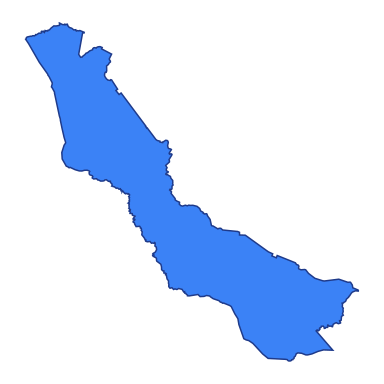 the district of Kajiado East, Rift Valley, Kenya
{"feature_id": "3690345B56316730609732", "entity_name": "Kajiado East", "entity_type": "district", "adm_level": 2, "iso_a3": "KEN", "parent_name": "Kenya", "parent_adm1": "Rift Valley", "projection": "albers", "projection_center": [37.165, -1.892], "detail": "fine", "context": "isolated", "style": "filled", "palette": "blue", "viewbox_px": 384, "rotation_deg": 0, "n_neighbors": 0, "source": "geoboundaries", "source_scale": "gbopen_adm2", "svg_char_len": 5911}
<svg xmlns="http://www.w3.org/2000/svg" viewBox="0 0 384 384"><path d="M178.7,288.5L182.1,289.4L183.7,292.0L184.6,291.7L184.7,293.1L185.8,293.3L186.2,294.2L187.5,295.1L187.5,295.8L189.2,295.9L198.0,294.5L200.1,296.6L204.0,296.4L206.5,295.5L209.7,296.0L210.4,296.8L213.2,298.7L219.0,300.7L220.3,302.1L221.4,302.3L222.6,303.2L223.7,303.1L229.7,305.5L231.2,306.5L234.8,313.8L237.9,318.7L238.9,324.6L243.8,338.7L246.1,339.9L248.8,340.6L252.9,343.4L262.7,354.0L268.1,358.4L285.3,359.3L287.2,359.6L288.0,360.6L288.9,361.0L290.5,360.9L291.3,360.5L291.6,359.8L292.8,359.7L293.0,359.1L294.0,358.5L294.1,357.2L295.2,356.3L296.3,353.7L297.9,352.9L301.7,353.3L305.8,354.9L307.7,354.9L312.0,353.9L318.0,351.4L323.5,349.9L332.8,350.2L316.1,330.9L316.8,330.2L317.3,330.6L317.8,330.1L318.4,330.8L318.7,330.7L319.9,329.3L319.5,328.3L319.7,328.0L320.7,327.6L321.3,326.9L321.3,326.3L323.2,326.1L324.1,327.2L324.3,328.4L324.7,328.4L325.3,328.2L325.9,327.4L327.6,327.4L328.0,326.3L327.6,325.3L327.9,325.0L329.4,326.2L331.5,326.1L331.8,326.6L332.5,326.7L333.2,324.3L335.6,322.9L336.6,322.7L337.2,323.3L338.6,323.7L340.5,323.0L340.5,322.2L339.8,321.6L339.6,320.7L340.2,320.7L341.2,320.2L341.5,316.4L343.3,315.2L342.5,313.8L343.2,311.6L343.0,309.1L343.3,308.2L342.3,306.9L342.5,304.6L342.1,303.2L343.5,303.0L343.8,302.4L345.0,301.8L345.8,301.0L346.4,299.2L348.7,297.1L348.9,296.4L349.5,296.0L351.3,293.2L352.4,292.1L355.5,290.8L358.3,291.1L358.4,290.9L358.1,290.0L352.8,287.8L352.3,285.0L350.7,282.5L350.1,282.1L347.9,282.3L338.8,279.2L324.4,281.0L322.8,280.8L314.9,278.3L308.5,273.4L305.7,269.8L304.6,269.5L301.0,269.8L298.9,268.9L298.5,268.1L298.9,266.5L298.8,265.9L298.1,265.0L296.5,264.5L295.4,262.8L277.2,255.5L276.3,257.8L271.9,255.9L272.7,253.8L268.3,251.8L245.3,235.2L239.5,235.0L239.5,232.3L237.7,231.5L222.7,230.0L220.8,228.3L219.1,228.3L217.9,228.9L213.1,226.0L211.8,225.8L211.4,225.3L210.1,219.4L207.6,216.0L206.9,214.0L206.4,213.7L204.7,214.0L203.4,213.4L203.6,213.1L202.8,212.1L200.7,211.0L199.7,208.5L197.0,206.3L192.9,205.3L189.9,205.4L188.9,205.1L187.3,205.8L185.3,205.2L182.6,206.1L180.7,205.6L179.2,204.0L179.6,202.9L179.5,202.2L177.1,201.2L175.2,199.9L175.1,198.5L171.1,193.4L171.5,191.9L169.6,190.0L170.1,189.2L171.3,189.6L172.0,188.8L172.0,186.1L173.1,185.0L172.6,183.7L172.8,182.8L172.7,180.4L170.9,178.3L170.5,176.6L170.0,176.1L168.4,175.4L167.6,174.6L166.4,174.7L165.9,174.3L166.0,173.5L166.7,172.9L168.0,172.5L168.2,171.8L166.4,170.7L166.3,168.9L167.1,167.8L165.7,165.4L169.4,162.0L169.5,161.0L169.0,159.7L172.0,154.7L171.7,154.0L170.9,153.8L169.7,154.2L169.2,153.7L169.3,152.9L171.4,149.6L170.9,149.1L168.6,148.5L168.1,147.8L167.6,145.7L168.3,142.4L167.9,141.1L167.0,140.4L165.6,140.3L163.7,141.6L163.0,141.7L162.7,142.6L160.0,142.1L160.0,141.2L157.3,140.5L155.9,139.5L147.2,127.9L146.8,128.2L145.6,126.4L145.9,126.2L121.1,93.0L119.1,94.5L115.9,90.5L117.6,89.2L111.6,79.9L110.7,79.7L110.3,80.5L107.8,80.0L106.4,78.8L104.8,76.4L104.5,75.1L104.8,73.2L105.4,72.2L106.2,72.3L106.7,70.9L106.6,65.9L108.4,64.5L109.2,63.0L110.4,62.0L110.4,61.1L109.4,59.6L109.3,58.8L111.6,54.1L101.6,48.9L102.2,47.5L100.0,46.6L98.1,46.8L96.9,47.3L96.1,48.1L94.9,47.6L93.5,47.9L92.7,48.8L92.6,49.7L89.7,50.9L87.5,52.7L86.0,53.2L84.9,54.6L82.4,56.5L82.2,57.0L80.6,57.3L78.7,54.3L82.6,32.8L84.0,33.0L84.2,32.3L79.8,30.5L78.9,30.9L77.6,30.6L76.5,31.0L75.9,30.6L75.8,29.7L73.8,29.9L71.7,28.2L69.2,27.4L68.3,26.1L67.6,25.7L67.5,24.4L67.2,24.1L65.8,24.6L65.0,24.2L64.9,24.8L62.3,24.5L61.2,23.9L60.3,23.8L60.0,23.2L59.4,23.0L59.6,25.1L59.3,25.4L56.0,26.0L53.8,25.9L50.7,28.4L49.5,29.9L47.9,30.3L47.7,31.0L45.4,30.6L45.6,31.1L44.5,31.5L44.4,32.4L43.7,31.9L43.7,31.2L42.9,31.2L42.1,31.8L41.6,31.3L41.3,31.5L41.5,32.8L40.3,33.3L39.0,33.1L36.6,34.7L35.6,34.6L35.5,35.1L34.6,35.8L32.8,35.7L31.1,36.4L30.6,36.2L27.1,37.0L26.3,37.8L26.2,38.8L25.6,39.2L28.5,43.5L39.3,62.3L47.8,74.3L47.9,75.1L49.0,76.5L52.2,82.8L52.2,84.0L51.4,86.9L52.0,87.5L54.5,92.1L54.5,93.1L59.4,116.1L60.3,119.0L60.4,120.5L62.0,128.2L64.1,137.4L65.6,142.3L65.6,143.0L64.1,145.2L61.8,152.5L62.2,159.0L66.3,166.2L67.5,166.6L69.1,167.8L70.2,167.4L75.1,169.7L79.2,170.9L81.9,171.0L84.4,170.3L87.1,170.2L88.9,170.8L89.7,171.4L89.1,172.7L89.3,174.1L89.8,174.8L92.3,175.7L92.8,176.5L92.2,177.9L93.7,179.0L96.6,178.7L97.7,180.0L98.5,180.0L100.7,181.1L103.2,181.0L104.2,180.7L104.6,180.1L106.3,179.7L108.4,181.3L110.4,181.3L110.4,182.5L111.8,183.7L112.1,185.2L111.8,186.0L112.4,185.9L113.0,186.6L114.4,186.8L116.2,188.3L116.9,188.0L118.0,188.3L119.0,189.2L120.3,188.8L120.3,189.4L121.2,189.8L120.9,190.3L121.1,190.9L122.1,191.0L122.1,191.6L122.5,190.9L122.8,191.0L124.5,193.2L125.5,193.8L126.0,193.3L127.5,194.0L128.1,194.1L128.2,193.6L128.8,193.9L129.6,194.8L129.3,196.0L128.7,196.4L129.5,197.7L129.1,198.0L129.5,199.8L129.4,200.7L129.1,200.8L129.4,201.7L128.3,202.9L128.6,202.9L128.7,203.6L129.1,203.5L129.3,204.2L128.9,205.9L129.3,207.0L129.0,207.8L129.4,208.5L129.1,208.6L130.4,209.8L130.2,210.4L129.3,210.5L129.1,211.2L130.4,212.1L130.0,213.4L132.2,213.6L132.4,215.2L135.0,216.2L133.1,218.6L133.2,219.2L134.5,219.1L134.9,219.4L134.6,220.3L133.2,221.1L133.1,222.0L134.4,222.8L134.7,224.1L136.1,226.6L139.7,226.3L140.2,227.0L140.4,228.1L141.2,228.2L141.5,229.3L141.1,230.2L142.2,231.8L141.8,234.8L144.4,238.1L144.7,239.1L145.8,239.8L145.9,240.1L145.4,240.6L145.7,241.2L147.3,241.8L150.0,241.5L151.4,243.2L152.7,243.0L153.9,243.3L154.7,242.5L155.0,242.8L155.2,243.9L154.9,246.0L156.3,247.2L156.6,249.7L155.3,252.1L153.0,253.5L153.7,254.2L152.6,255.0L152.6,255.5L153.2,256.3L154.0,255.9L154.2,256.9L155.9,257.7L156.5,258.7L156.5,260.3L156.8,261.2L160.8,264.2L161.5,266.8L161.6,269.6L162.7,270.8L163.9,270.9L163.9,273.0L165.5,273.2L166.1,273.7L165.5,274.2L165.5,274.8L166.3,275.1L167.1,279.0L168.5,280.8L168.5,283.4L168.9,284.5L168.7,286.2L169.0,287.0L170.0,288.2L171.9,287.7L173.6,289.5L174.9,288.9L176.9,289.5L178.7,288.5Z" fill="#3b82f6" stroke="#1e3a8a" stroke-width="1.5"/></svg>